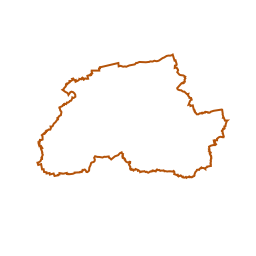 Sam Chuk, Suphan Buri, Thailand, rotated 162°
{"feature_id": "78962969B87742796188893", "entity_name": "Sam Chuk", "entity_type": "district", "adm_level": 2, "iso_a3": "THA", "parent_name": "Thailand", "parent_adm1": "Suphan Buri", "projection": "orthographic", "projection_center": [100.056, 14.761], "detail": "fine", "context": "isolated", "style": "outline", "palette": "amber", "viewbox_px": 256, "rotation_deg": 162, "n_neighbors": 0, "source": "geoboundaries", "source_scale": "gbopen_adm2", "svg_char_len": 5770}
<svg xmlns="http://www.w3.org/2000/svg" viewBox="0 0 256 256"><g transform="rotate(162 128 128)"><path d="M60.9,66.3L60.6,68.2L60.4,68.1L60.0,69.9L59.6,70.2L59.2,71.6L59.3,71.8L59.1,71.9L58.5,73.3L58.2,73.3L58.0,74.5L57.8,74.5L57.7,74.9L57.6,75.7L57.9,75.7L58.1,78.0L57.8,78.0L57.4,78.5L58.1,78.5L57.8,80.1L57.6,80.2L58.1,81.0L57.5,81.3L57.6,82.7L57.1,82.7L56.7,85.2L54.6,85.6L52.9,85.5L51.3,85.2L50.6,84.8L49.3,85.2L49.7,86.8L50.6,86.7L50.3,89.6L49.9,89.5L49.8,88.9L49.3,88.8L49.1,89.5L47.1,88.8L46.6,90.3L45.9,90.4L45.6,90.7L44.0,91.2L42.8,91.1L41.7,90.5L40.8,90.3L40.8,90.0L40.0,89.7L39.6,90.3L39.9,90.5L39.6,91.2L39.4,93.7L39.6,93.8L39.2,95.0L39.3,96.1L39.6,96.2L39.5,96.5L38.6,96.6L37.9,97.8L37.1,97.4L36.5,97.6L36.5,98.0L36.2,98.0L35.9,99.7L34.7,99.7L33.9,101.4L31.9,104.1L31.2,104.4L33.5,105.1L33.7,108.1L34.5,108.4L34.2,108.8L33.9,108.8L33.8,111.9L33.5,112.2L32.8,116.3L33.2,116.6L41.3,117.9L44.4,117.9L45.0,117.5L46.1,117.4L47.1,117.8L47.1,118.3L49.3,119.4L49.7,119.0L50.0,119.3L50.4,119.0L51.7,119.0L51.9,119.3L53.0,119.7L53.8,119.6L53.7,119.2L55.2,119.8L56.9,119.3L58.4,119.8L58.7,121.2L59.3,121.9L59.5,122.7L59.2,122.7L59.2,123.4L59.3,124.9L59.8,125.1L59.4,129.5L61.8,129.6L61.6,130.5L62.4,131.4L63.2,131.4L60.6,134.6L59.5,135.3L58.7,135.3L58.7,137.0L60.3,137.7L60.1,138.7L60.7,139.7L60.8,140.8L60.1,141.8L61.4,141.9L63.2,145.2L63.8,145.3L64.7,145.9L65.7,147.4L67.0,147.9L68.1,148.7L68.8,149.4L68.9,150.7L63.1,154.1L62.2,153.9L62.0,153.5L61.2,153.5L61.1,154.4L59.6,154.5L59.4,156.3L58.1,157.5L58.5,158.6L57.7,159.1L59.0,160.8L61.7,162.1L62.6,162.8L63.9,165.9L62.5,167.4L62.5,168.5L63.1,169.6L63.0,170.3L63.9,170.7L65.0,170.7L64.1,172.8L62.4,172.9L62.0,173.5L61.9,177.7L62.9,177.7L62.8,184.0L64.0,183.7L65.7,183.8L66.8,184.3L69.0,184.6L71.7,183.9L73.5,183.8L77.5,182.6L79.1,182.5L80.5,182.8L82.1,183.8L84.1,183.6L86.3,184.5L87.3,184.3L90.7,185.0L96.8,187.3L99.3,187.0L100.1,187.4L101.9,186.4L107.4,187.1L110.8,186.8L111.8,187.5L113.7,187.8L115.8,189.4L117.8,189.5L117.1,192.8L135.1,194.3L135.7,194.6L136.0,194.5L136.2,193.4L137.2,193.5L137.6,191.5L144.8,193.8L145.2,192.8L145.1,190.9L145.3,190.8L145.7,191.2L146.7,190.9L146.8,189.7L147.6,189.7L147.6,190.2L150.5,190.2L150.7,187.2L152.0,187.5L153.4,188.4L155.2,187.6L155.7,188.7L155.1,189.0L155.8,190.0L156.7,189.6L157.3,188.8L158.8,189.6L158.8,189.3L161.0,188.5L163.4,188.2L162.9,189.8L164.2,189.8L164.8,192.0L165.8,192.0L165.5,191.3L166.3,190.7L168.3,190.2L168.7,190.7L169.3,190.7L169.4,189.5L170.9,189.1L172.2,189.2L172.3,188.5L173.2,188.7L173.2,188.2L173.7,188.2L174.3,186.8L176.4,185.7L177.0,184.9L178.5,184.6L176.5,181.8L174.8,180.1L174.4,178.9L174.4,177.9L171.7,179.9L170.5,180.0L169.1,179.0L168.2,177.4L167.9,175.9L168.4,174.0L170.4,173.4L171.0,173.6L171.5,174.2L171.9,173.4L173.6,171.6L174.9,171.7L175.7,171.1L176.9,170.7L178.3,171.1L178.7,170.4L179.5,169.8L180.9,170.7L181.5,170.6L181.8,169.6L182.9,169.9L183.6,169.1L186.9,168.8L187.1,168.4L186.8,167.2L187.0,165.5L186.4,164.4L186.4,163.7L187.9,160.9L189.5,160.7L191.1,159.6L192.1,159.4L192.2,158.9L191.7,158.1L191.9,157.8L193.1,157.5L195.2,155.9L197.2,155.1L199.2,153.0L200.0,152.9L201.2,153.3L201.3,151.8L202.4,150.5L203.8,151.0L203.9,150.8L206.2,150.7L206.2,150.2L207.1,150.3L207.3,149.3L208.4,149.3L208.5,148.7L209.5,148.5L209.5,148.2L209.9,148.2L209.9,148.7L212.2,147.8L211.9,146.4L212.8,143.4L213.9,143.3L215.4,143.9L215.9,142.5L216.4,142.7L216.6,142.2L217.4,142.2L217.1,141.0L217.8,141.0L217.9,139.1L217.2,139.0L217.0,138.3L217.3,138.0L216.3,137.8L216.2,137.3L217.0,137.1L217.0,136.4L216.0,136.4L215.7,135.3L217.2,135.0L217.0,132.2L217.1,130.9L217.4,130.8L217.5,129.8L217.3,128.8L219.3,126.7L218.9,126.3L219.3,125.1L220.0,125.3L221.4,123.6L222.0,123.3L223.9,122.9L224.8,123.0L224.8,120.6L221.8,120.5L222.5,115.2L221.0,114.9L221.4,112.1L219.2,111.1L219.5,109.9L216.5,109.4L216.7,107.9L212.8,107.7L212.7,105.1L209.1,104.6L209.0,105.1L207.5,105.0L207.1,106.3L204.7,105.1L204.7,104.9L203.5,104.5L200.1,104.2L200.3,103.2L198.9,102.8L199.0,102.5L197.7,102.1L194.6,101.5L192.2,101.7L192.2,102.0L187.6,100.7L187.4,101.0L186.7,101.0L185.6,100.4L184.3,102.0L183.9,101.5L182.4,102.0L181.8,101.7L181.4,100.8L181.1,99.0L180.2,98.6L178.2,99.5L177.0,102.3L175.2,104.1L174.0,106.0L173.2,106.4L171.1,106.3L169.9,107.0L169.3,108.2L169.4,110.1L168.0,111.3L166.1,110.0L164.2,109.3L161.3,107.8L159.5,108.0L158.0,107.4L155.1,106.9L155.2,105.6L154.4,104.7L153.7,103.3L149.2,105.1L145.7,105.2L143.6,106.5L141.6,106.8L141.6,105.6L140.8,104.8L141.3,104.1L141.4,103.1L142.1,103.0L142.3,101.2L141.9,100.8L141.3,100.9L140.8,100.2L140.9,99.7L140.5,99.5L140.4,99.0L140.8,98.5L140.5,98.2L140.5,97.0L139.1,95.4L138.1,95.2L136.8,95.4L136.4,95.1L136.9,93.9L138.0,93.4L138.4,92.9L137.8,90.4L138.6,88.6L138.4,87.7L137.3,87.9L137.3,87.1L136.8,87.1L135.9,85.8L135.6,86.0L135.4,86.6L134.0,86.1L133.4,86.6L131.7,85.1L131.8,84.4L131.0,84.5L130.3,83.1L129.9,82.9L130.0,82.3L129.1,82.4L128.5,82.1L128.1,82.4L126.7,81.9L125.8,81.9L124.9,80.7L123.7,80.6L123.2,79.7L122.4,79.2L120.2,79.8L119.7,79.4L119.1,79.7L118.1,79.3L117.7,80.0L116.8,79.6L116.4,79.0L115.5,78.8L115.4,78.3L115.0,78.1L113.9,79.3L113.2,79.6L112.5,78.6L111.3,78.5L110.6,77.3L109.8,77.4L108.8,76.9L107.2,76.7L106.8,75.6L106.1,75.6L104.1,74.5L102.0,74.1L101.5,73.7L100.9,73.7L99.2,72.8L97.9,73.1L97.5,72.1L97.8,71.6L97.7,70.8L98.3,69.9L96.4,68.4L95.1,68.2L95.0,67.6L95.4,67.1L94.9,66.3L93.9,66.6L93.4,66.3L92.5,66.6L91.9,65.7L91.6,64.7L90.8,64.7L90.8,63.9L89.4,63.3L88.1,63.6L87.8,62.6L86.9,62.9L85.6,62.6L84.8,63.0L84.3,62.0L83.3,62.1L83.0,61.6L82.6,61.4L81.5,61.6L80.9,62.0L80.5,61.8L79.8,61.9L79.3,62.5L79.2,63.2L77.6,65.2L76.0,66.1L75.3,66.9L74.2,66.7L73.4,66.2L72.5,67.0L70.9,67.6L71.0,67.1L69.3,67.0L68.0,66.2L67.2,65.1L67.0,66.0L64.7,66.4L64.6,66.8L60.9,66.3Z" fill="none" stroke="#b45309" stroke-width="2"/></g></svg>